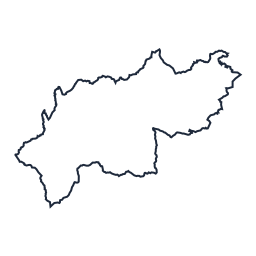 outline of Tenango de Doria, Hidalgo, Mexico
{"feature_id": "50627088B36443984556774", "entity_name": "Tenango de Doria", "entity_type": "district", "adm_level": 2, "iso_a3": "MEX", "parent_name": "Mexico", "parent_adm1": "Hidalgo", "projection": "albers", "projection_center": [-98.207, 20.337], "detail": "fine", "context": "isolated", "style": "outline", "palette": "slate", "viewbox_px": 256, "rotation_deg": 0, "n_neighbors": 0, "source": "geoboundaries", "source_scale": "gbopen_adm2", "svg_char_len": 5715}
<svg xmlns="http://www.w3.org/2000/svg" viewBox="0 0 256 256"><path d="M50.5,206.6L54.3,203.0L57.8,202.5L59.4,203.0L59.9,202.4L60.1,200.2L62.2,199.7L63.4,197.9L67.2,196.7L68.8,195.0L69.7,192.8L71.1,190.6L72.0,187.2L73.1,185.5L74.4,182.4L74.9,182.1L76.0,182.6L77.6,182.6L78.3,182.2L78.7,181.6L78.8,175.9L77.9,173.5L77.8,171.6L77.3,170.6L77.3,169.0L77.5,168.5L78.2,168.2L80.8,165.5L82.1,165.6L82.9,165.0L83.7,164.9L86.6,165.7L88.3,165.7L90.1,164.9L92.6,162.6L95.2,162.6L96.2,162.1L98.4,162.3L98.7,163.4L99.2,163.5L99.8,164.2L100.0,165.2L100.7,166.0L101.0,166.3L101.6,166.1L102.2,166.3L102.9,169.6L102.8,170.7L104.3,172.0L105.1,172.0L105.7,172.7L106.5,172.8L107.2,172.5L109.0,172.6L110.0,172.2L111.6,173.4L113.9,174.3L116.0,174.9L117.3,174.6L118.1,175.1L118.9,176.1L120.7,174.9L121.7,174.9L122.6,174.2L124.8,173.9L126.1,171.8L127.6,171.6L128.3,171.0L129.4,172.1L130.8,172.7L134.3,175.4L136.6,176.1L137.5,175.8L139.4,175.9L140.3,176.7L143.3,176.2L144.1,175.3L144.5,173.3L144.8,172.9L145.2,172.8L147.2,173.7L147.6,173.6L148.7,172.4L150.4,173.2L151.4,172.4L153.9,172.7L155.7,173.6L156.7,172.5L156.6,169.9L155.9,168.3L155.3,168.1L154.9,167.5L154.6,166.0L154.8,164.7L154.3,163.3L154.8,162.5L156.0,161.5L156.2,160.5L155.9,159.7L155.9,158.4L156.8,156.9L156.5,155.2L155.6,154.4L155.2,153.4L155.8,151.1L155.8,149.1L156.2,148.1L156.2,146.4L156.9,145.2L156.3,143.8L156.0,140.8L155.1,138.4L155.4,136.3L154.9,134.8L155.5,132.5L155.0,131.2L153.2,129.8L153.0,128.3L153.4,128.1L154.7,128.7L158.6,129.5L160.0,130.6L162.8,131.4L164.3,132.5L165.2,132.6L168.0,134.9L169.5,135.4L170.6,137.1L171.4,137.3L173.0,135.8L175.1,134.5L175.9,133.3L177.1,132.4L180.1,132.8L182.7,133.6L183.7,133.5L188.1,134.8L189.8,134.4L190.6,133.1L192.0,132.9L191.9,132.4L191.4,132.4L191.6,131.7L191.3,131.3L189.3,131.0L189.7,129.9L191.4,130.8L193.6,131.2L195.5,132.1L197.1,131.2L200.5,130.4L202.2,128.4L203.1,128.1L205.0,128.5L205.7,127.8L206.7,128.6L207.8,128.4L210.4,122.8L209.2,120.9L207.4,119.7L208.4,117.7L210.6,115.3L214.1,114.4L215.4,113.2L216.0,113.1L217.2,113.6L217.2,112.7L218.4,112.6L218.0,111.9L218.1,111.0L218.3,110.2L219.0,109.7L219.4,109.8L220.8,108.9L222.1,109.1L221.1,104.8L221.3,102.1L220.3,101.8L220.3,101.1L219.0,99.7L222.4,97.7L223.5,96.4L224.7,96.3L227.8,94.4L228.0,93.2L226.9,91.9L226.5,90.7L226.6,88.9L226.2,88.2L226.8,88.1L227.8,88.4L232.6,87.0L232.6,81.5L235.5,78.5L240.6,74.7L237.6,72.5L232.6,72.2L231.8,71.7L231.7,71.0L232.4,70.2L230.5,68.8L230.3,66.9L227.9,66.2L227.2,67.5L225.4,66.8L226.1,65.4L225.4,64.8L225.4,64.4L224.2,63.5L222.3,64.2L222.0,63.5L221.5,64.3L221.2,63.2L220.6,62.2L220.1,63.5L219.7,63.2L219.9,62.2L218.9,61.6L218.4,59.0L218.6,58.7L219.7,57.9L221.8,57.2L222.7,55.8L223.5,55.9L224.3,56.5L226.9,56.6L227.7,55.4L227.0,54.5L227.0,53.9L227.5,53.5L226.4,53.3L225.0,52.0L223.6,51.9L221.6,50.6L220.1,51.0L219.0,50.6L217.2,51.8L215.5,51.8L214.9,52.7L212.8,54.0L211.9,54.2L210.7,53.8L210.2,54.1L210.0,55.9L210.3,58.1L210.0,59.2L208.2,62.0L207.2,62.3L205.3,61.8L205.2,62.1L204.0,61.9L203.1,61.0L202.0,60.9L200.3,60.0L198.5,60.6L197.0,60.5L196.9,60.9L197.5,61.5L197.0,62.5L195.9,62.7L194.2,62.2L194.4,63.3L192.9,64.2L192.9,65.4L191.7,66.6L191.0,67.8L191.3,68.8L190.7,69.6L189.9,70.0L189.1,69.9L187.2,70.6L185.5,71.9L184.7,72.1L183.4,71.6L180.9,72.5L180.7,73.0L179.2,72.3L176.4,73.5L175.5,73.6L173.0,68.4L169.4,65.5L167.1,64.8L163.7,62.3L162.9,60.4L160.8,58.0L159.5,55.1L160.0,51.8L159.9,50.3L159.4,49.4L156.9,51.0L156.2,51.1L155.6,52.2L155.1,52.6L152.2,51.8L151.4,55.4L151.4,57.3L150.4,57.4L149.7,58.5L146.4,59.6L146.0,60.8L145.6,61.0L145.1,64.0L143.3,66.1L143.5,67.4L143.1,67.9L140.1,69.3L139.5,70.3L138.6,70.8L138.0,72.4L137.1,72.3L136.3,72.8L136.1,74.1L132.8,74.4L130.9,75.3L129.5,75.0L129.1,77.2L126.9,79.5L124.1,79.9L123.4,79.3L121.9,79.0L121.2,77.6L120.3,77.5L119.7,78.3L119.2,79.9L116.3,81.1L115.9,81.4L115.5,82.7L114.5,80.8L114.2,79.6L113.6,79.1L111.7,78.9L111.2,77.6L109.4,76.8L107.5,76.4L105.8,77.3L105.2,76.7L102.8,75.8L102.1,76.4L101.9,77.0L100.0,77.6L99.1,77.4L98.2,77.9L98.1,79.1L97.4,80.2L95.6,81.2L94.6,82.1L93.5,82.4L93.2,83.4L92.6,83.4L92.2,83.8L90.5,82.9L89.7,83.0L89.4,81.1L87.5,80.8L86.4,81.4L85.1,80.6L83.2,81.2L81.3,79.7L78.2,80.0L76.0,82.9L75.8,83.6L75.0,84.1L74.3,86.0L73.9,86.2L73.1,87.9L71.5,89.7L69.8,90.9L67.2,92.0L65.9,93.3L66.0,94.0L64.4,94.7L62.5,94.3L61.3,90.7L59.4,87.0L58.6,86.9L58.2,87.3L58.1,88.8L56.8,88.9L56.4,89.5L55.4,89.9L54.9,91.0L54.9,92.2L54.4,93.0L54.5,93.7L55.5,94.2L55.4,94.7L54.5,95.7L55.1,96.7L55.1,98.2L55.5,99.0L55.2,100.1L55.5,100.3L55.9,102.7L55.8,104.1L56.4,104.3L56.2,105.6L54.9,107.4L54.4,109.0L54.7,110.1L52.4,112.4L49.9,117.9L48.5,119.5L46.9,116.6L46.9,115.7L45.9,114.7L45.8,113.5L44.5,113.1L44.6,110.3L44.4,110.2L43.5,111.4L42.1,114.4L42.1,115.4L42.8,117.9L42.7,118.8L43.5,119.3L43.1,120.6L43.7,121.5L43.7,122.3L43.0,123.5L43.0,124.4L43.8,125.9L43.4,127.1L44.1,127.6L44.0,128.5L44.6,128.7L44.4,129.7L44.6,130.0L43.0,133.1L42.9,134.2L41.2,134.5L40.6,135.5L39.7,135.4L39.3,136.2L38.4,136.5L37.6,136.0L37.3,137.6L36.2,138.3L35.4,138.6L32.4,138.8L32.0,139.4L31.2,139.4L30.5,140.7L29.4,141.2L26.6,142.5L25.5,142.2L24.9,142.7L24.0,142.8L23.6,144.3L23.7,145.5L23.2,146.4L22.1,147.2L21.4,147.2L20.7,148.1L20.8,148.6L20.3,149.6L18.8,150.0L18.6,151.3L19.0,152.2L18.3,153.8L17.2,154.4L15.6,154.5L15.4,154.9L19.2,160.5L19.7,161.8L21.3,161.7L23.9,163.2L24.4,163.6L24.2,164.4L24.6,164.8L26.5,165.5L29.1,164.9L30.4,165.0L31.3,165.7L32.0,167.5L34.8,167.7L36.5,169.3L38.4,172.3L41.6,175.7L40.4,177.5L40.3,178.6L41.2,180.1L41.0,181.4L42.5,182.9L43.5,184.7L44.5,185.5L44.6,187.8L44.9,188.1L44.6,189.1L45.8,190.2L45.7,190.9L46.1,192.7L45.6,193.5L45.8,194.5L45.4,196.0L46.0,197.4L46.0,198.7L45.8,199.2L47.3,200.7L50.0,202.1L50.5,206.6Z" fill="none" stroke="#1e293b" stroke-width="2"/></svg>